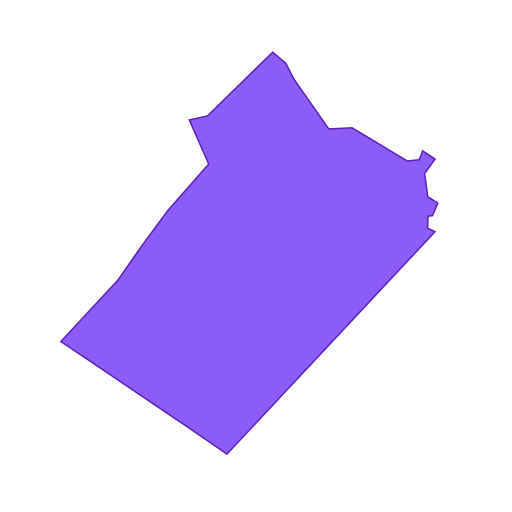 Christian, Kentucky, United States of America (Mercator projection), rotated 35°
{"feature_id": "52423323B93748652939818", "entity_name": "Christian", "entity_type": "district", "adm_level": 2, "iso_a3": "USA", "parent_name": "United States of America", "parent_adm1": "Kentucky", "projection": "mercator", "projection_center": [-87.48, 36.897], "detail": "fine", "context": "isolated", "style": "filled", "palette": "violet", "viewbox_px": 512, "rotation_deg": 35, "n_neighbors": 0, "source": "geoboundaries", "source_scale": "gbopen_adm2", "svg_char_len": 605}
<svg xmlns="http://www.w3.org/2000/svg" viewBox="0 0 512 512"><g transform="rotate(35 256 256)"><path d="M345.8,435.0L388.7,133.4L380.5,134.8L374.1,124.6L377.4,121.8L374.7,108.4L362.7,108.9L346.8,91.7L347.1,73.9L332.2,74.3L334.5,83.5L325.5,91.4L261.2,95.9L242.7,110.2L185.5,89.3L169.9,81.0L152.8,79.5L146.2,114.1L135.9,169.1L123.3,182.8L164.5,207.8L157.7,269.1L156.6,313.5L156.7,355.3L151.6,391.8L145.2,438.1L174.9,437.4L217.6,436.7L218.7,436.7L284.5,435.6L289.5,435.5L296.0,435.3L302.0,435.3L318.0,435.2L339.2,435.0L341.2,435.0L345.8,435.0Z" fill="#8b5cf6" stroke="#5b21b6" stroke-width="1.5"/></g></svg>